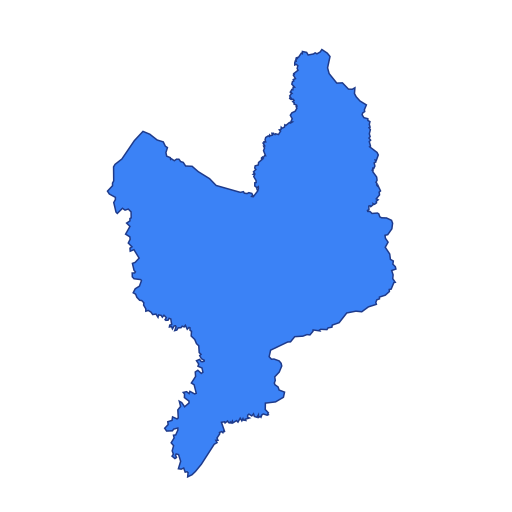 Si Bun Rueang, Nong Bua Lam Phu, Thailand (Mercator projection), rotated 62°
{"feature_id": "78962969B72189645888200", "entity_name": "Si Bun Rueang", "entity_type": "district", "adm_level": 2, "iso_a3": "THA", "parent_name": "Thailand", "parent_adm1": "Nong Bua Lam Phu", "projection": "mercator", "projection_center": [102.187, 16.996], "detail": "fine", "context": "isolated", "style": "filled", "palette": "blue", "viewbox_px": 512, "rotation_deg": 62, "n_neighbors": 0, "source": "geoboundaries", "source_scale": "gbopen_adm2", "svg_char_len": 6140}
<svg xmlns="http://www.w3.org/2000/svg" viewBox="0 0 512 512"><g transform="rotate(62 256 256)"><path d="M100.0,115.7L97.2,119.0L99.1,120.1L98.2,120.8L100.4,125.0L100.0,127.1L101.1,126.9L100.8,128.4L102.8,129.0L102.2,129.7L103.6,131.1L105.5,132.1L105.7,130.5L107.6,129.7L109.7,131.6L111.7,131.7L112.7,137.1L113.5,137.0L113.8,138.1L117.9,137.9L117.7,140.3L119.2,140.5L119.2,142.0L121.1,143.7L125.0,142.7L124.5,144.0L126.5,145.5L125.8,146.2L127.2,148.3L128.9,148.0L128.4,148.6L129.3,148.4L130.5,151.1L132.8,150.9L132.1,151.6L132.7,152.3L134.3,151.5L134.9,149.7L136.5,149.3L136.9,151.1L138.5,150.3L139.7,151.1L141.7,149.4L142.6,150.1L142.8,148.8L143.1,150.4L144.7,150.5L146.6,153.5L146.4,157.0L147.8,159.6L151.8,159.6L153.7,162.0L154.7,160.9L154.8,163.3L153.8,163.8L154.7,168.2L153.7,168.9L155.6,170.4L155.4,173.0L154.2,173.3L156.0,174.5L155.6,176.2L157.3,175.7L159.3,179.1L157.3,181.4L157.7,182.2L156.2,183.0L156.5,184.1L155.7,183.2L155.1,184.3L157.0,184.8L156.5,187.0L155.6,187.2L156.7,188.2L155.7,188.9L155.9,191.8L157.6,193.4L159.8,193.9L158.9,195.3L159.7,195.6L159.6,196.8L162.8,196.6L162.5,197.7L164.7,197.8L166.5,199.9L171.9,200.5L171.4,201.3L172.6,203.6L171.7,203.7L172.0,205.1L172.8,205.5L173.5,204.6L174.6,209.8L176.7,211.3L176.0,214.4L177.7,215.8L179.5,215.5L180.5,218.7L182.1,218.5L182.5,220.0L183.3,218.8L184.8,220.7L189.4,220.5L191.2,221.4L190.8,222.7L193.6,224.2L196.2,223.1L195.9,221.4L197.3,222.0L198.5,223.1L197.7,223.8L199.4,224.0L202.4,230.6L201.4,231.9L200.8,230.4L198.8,230.3L196.7,232.6L196.7,234.5L195.1,236.8L193.3,236.9L192.5,239.9L175.0,258.1L165.9,260.7L154.4,267.4L146.8,270.3L143.5,275.9L139.2,276.3L137.2,278.2L134.4,278.6L133.2,280.7L133.5,283.4L130.3,285.1L130.5,286.0L128.9,285.5L125.9,288.0L122.4,287.0L118.7,283.3L116.5,284.5L111.7,284.3L107.2,288.8L98.6,292.6L92.9,297.3L97.0,309.2L107.4,328.9L108.9,337.4L110.4,339.9L122.9,346.4L124.3,348.5L126.6,349.7L129.0,356.7L132.4,356.4L138.2,352.6L140.2,353.7L142.0,356.5L151.5,359.0L153.3,358.5L151.2,351.5L154.0,350.1L154.6,346.7L158.4,345.6L163.7,348.3L163.7,349.7L165.8,350.8L166.2,354.8L170.7,353.4L175.5,360.9L179.8,358.4L182.1,359.2L184.6,362.7L189.7,361.2L189.9,363.6L192.7,364.8L193.1,360.8L203.0,360.2L204.9,365.7L204.5,368.6L211.3,370.4L213.4,369.9L214.0,371.1L212.9,373.3L216.3,375.0L218.8,374.4L222.7,368.9L224.0,368.7L227.9,373.1L228.2,378.0L230.8,381.7L233.2,380.2L236.5,380.6L240.5,379.5L241.7,377.8L244.6,377.0L246.6,378.3L250.9,378.1L253.0,379.2L253.5,376.7L256.2,375.1L259.2,374.7L260.3,371.6L264.1,371.3L262.3,369.6L263.9,367.6L266.1,367.4L265.1,365.1L268.3,364.1L269.5,366.2L270.5,365.8L271.4,363.8L270.2,362.0L271.6,360.8L276.9,362.6L276.5,364.6L278.0,365.8L278.7,363.7L281.1,364.0L279.3,361.0L279.8,359.8L281.0,359.8L283.7,362.8L284.2,360.7L282.9,358.4L284.1,355.9L283.3,354.1L284.9,352.7L284.0,350.9L288.4,351.1L287.6,348.7L288.3,348.0L290.7,349.1L292.2,348.3L296.2,350.8L300.9,349.3L305.5,349.7L308.4,348.7L314.6,351.5L317.0,350.7L317.5,352.5L321.1,352.4L323.8,350.6L324.6,351.2L324.2,353.0L323.4,354.0L320.8,354.4L320.5,357.7L324.5,357.3L326.1,359.0L329.5,356.3L333.7,357.4L334.0,359.4L329.6,361.0L329.9,364.1L334.0,365.9L337.8,372.7L340.7,371.1L349.2,373.2L349.0,374.9L344.5,377.9L346.1,379.7L343.2,381.0L342.3,384.3L344.3,383.9L347.4,385.7L352.6,383.3L354.3,384.1L355.6,389.8L350.6,390.4L348.2,391.9L353.4,393.2L355.2,397.3L362.4,400.6L362.8,402.2L358.9,405.2L361.7,407.3L360.9,411.7L363.6,412.7L365.2,417.5L368.6,417.1L371.1,411.9L370.2,409.9L371.2,405.8L373.0,406.7L376.3,410.9L375.5,413.0L378.2,413.7L381.1,418.6L384.8,417.8L388.7,421.5L392.2,422.0L393.3,424.1L396.8,422.7L396.6,420.8L394.1,420.6L393.3,419.4L395.0,417.6L401.9,418.9L407.4,424.4L409.1,422.1L409.3,419.4L413.6,420.0L414.1,418.2L415.4,417.7L418.9,420.0L419.1,415.2L417.8,410.6L414.2,402.0L402.6,381.3L402.5,378.0L399.9,378.0L400.8,376.1L398.4,375.9L396.0,371.5L394.7,371.1L394.9,368.8L396.5,368.2L395.3,366.7L396.7,366.2L386.6,364.6L387.6,361.6L388.9,361.7L388.3,358.6L390.3,358.4L391.2,357.4L390.5,356.6L391.8,356.2L390.7,354.4L392.5,354.9L392.2,350.5L394.2,349.9L391.8,346.1L394.9,345.9L393.5,343.9L395.0,344.1L396.4,342.2L395.1,342.1L395.9,337.9L394.3,339.1L392.7,338.1L392.3,336.5L395.2,334.8L394.2,332.3L396.9,332.8L398.9,330.8L397.4,328.5L399.7,329.6L399.7,327.5L400.7,327.3L398.9,325.2L398.9,323.7L401.8,320.9L401.9,319.6L401.0,319.8L400.3,318.7L395.9,319.9L390.3,316.8L394.0,307.2L393.6,298.1L389.6,294.7L385.2,298.5L382.0,298.0L378.6,299.7L376.8,299.5L374.9,297.4L371.5,296.2L369.4,290.0L365.2,284.9L362.5,284.2L359.5,284.8L355.4,288.5L354.4,290.8L351.1,291.7L346.0,287.3L346.8,268.4L348.0,265.8L345.4,259.7L348.8,252.2L349.3,247.9L351.0,245.4L349.2,241.0L348.1,240.3L352.1,234.8L351.2,234.9L351.1,233.3L354.3,227.9L353.3,226.1L354.5,222.4L352.8,221.1L353.9,213.9L348.9,202.6L351.6,193.7L354.9,188.8L353.7,180.6L355.2,172.4L353.2,172.0L351.4,169.9L351.8,167.1L350.2,166.3L351.3,160.2L350.0,154.9L348.1,154.1L348.7,152.2L344.2,146.8L344.6,145.4L340.2,145.9L337.0,143.8L332.5,143.0L333.2,138.6L330.9,138.0L327.5,139.0L324.9,137.1L322.1,138.9L317.0,137.0L309.0,137.8L305.8,132.9L301.1,133.4L298.3,132.4L299.0,129.7L295.8,123.3L291.2,120.0L288.1,119.6L283.7,122.9L281.2,127.2L279.5,128.3L276.5,127.8L275.1,128.6L272.9,133.6L270.2,134.5L269.1,136.4L268.1,136.2L268.1,134.5L264.9,133.0L265.1,131.7L266.3,131.5L265.6,128.1L264.8,128.0L266.0,127.1L265.6,124.6L264.1,124.1L263.7,121.8L262.0,123.0L260.0,118.2L257.4,117.3L257.0,115.5L250.9,115.2L251.3,115.9L249.9,116.1L248.7,115.1L247.3,115.5L245.9,113.5L242.9,112.4L236.5,113.3L235.1,112.3L234.8,113.0L233.2,111.4L233.9,110.8L232.4,108.8L229.3,108.0L229.2,106.0L227.3,105.7L228.1,104.9L224.2,100.6L221.4,100.5L212.9,104.4L212.7,103.3L208.1,102.3L207.5,100.4L204.9,100.9L204.2,99.2L201.3,98.6L198.1,95.7L195.8,96.0L195.8,94.8L193.0,94.2L190.8,92.3L188.9,93.6L187.3,92.8L184.5,95.8L181.1,96.0L179.8,94.7L179.5,92.2L177.8,91.7L174.4,87.6L168.0,91.4L162.5,92.8L158.8,92.8L153.9,89.7L154.0,92.7L152.1,96.0L143.7,98.4L141.3,103.5L129.3,105.8L123.5,104.5L114.6,97.0L110.4,97.8L104.6,100.9L106.0,103.6L106.1,107.3L104.4,108.4L104.6,110.4L103.0,115.6L100.0,115.7Z" fill="#3b82f6" stroke="#1e3a8a" stroke-width="1.5"/></g></svg>